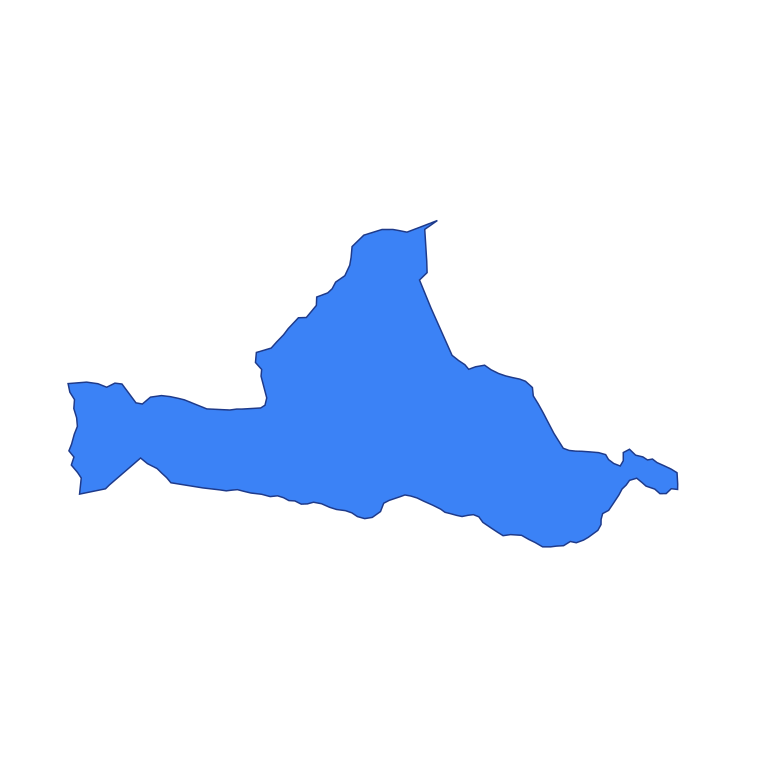 Imaculada, Paraíba, Brazil, rotated 192°
{"feature_id": "56859067B53075607206308", "entity_name": "Imaculada", "entity_type": "district", "adm_level": 2, "iso_a3": "BRA", "parent_name": "Brazil", "parent_adm1": "Paraíba", "projection": "albers", "projection_center": [-37.575, -7.393], "detail": "fine", "context": "isolated", "style": "filled", "palette": "blue", "viewbox_px": 768, "rotation_deg": 192, "n_neighbors": 0, "source": "geoboundaries", "source_scale": "gbopen_adm2", "svg_char_len": 2442}
<svg xmlns="http://www.w3.org/2000/svg" viewBox="0 0 768 768"><g transform="rotate(192 384 384)"><path d="M365.8,555.0L393.1,537.3L401.6,537.2L407.4,537.0L418.1,534.7L434.7,525.4L443.8,511.8L442.5,500.9L442.2,493.1L444.8,481.8L452.5,473.6L454.5,466.4L458.0,461.4L467.9,455.1L466.5,446.8L473.8,432.9L481.5,431.0L489.2,418.3L492.5,411.2L497.7,402.9L501.8,395.7L515.4,388.3L514.2,378.3L506.7,372.8L505.9,366.1L495.8,346.0L496.0,338.5L499.7,334.9L517.5,330.0L522.7,328.9L529.4,326.5L552.1,322.8L576.0,327.0L582.3,327.2L590.5,327.2L599.3,326.4L609.7,322.6L616.2,314.2L622.7,314.0L640.3,329.5L647.4,328.9L654.6,323.2L663.9,324.8L675.3,324.0L693.1,318.7L689.6,310.7L683.5,304.4L682.3,295.5L677.6,287.0L675.1,278.8L676.5,270.5L677.1,260.2L678.3,253.1L672.1,248.1L673.0,239.7L665.3,233.7L660.6,229.1L658.9,213.0L634.6,223.6L631.6,228.2L606.7,261.0L598.8,256.9L588.3,254.1L582.7,250.5L577.1,247.2L571.9,243.1L539.6,244.7L522.6,246.3L516.1,246.7L510.6,248.6L505.4,250.2L499.0,249.9L491.5,249.7L480.8,250.7L471.9,250.2L464.9,252.5L458.6,251.9L452.8,250.2L446.9,251.1L440.0,249.3L434.0,250.8L428.4,253.7L420.2,253.9L411.6,252.1L404.4,251.4L395.4,252.1L388.7,251.3L382.5,248.8L374.9,248.3L367.7,251.1L360.9,258.5L359.5,267.3L354.8,271.2L345.0,277.0L340.5,279.8L334.6,280.0L327.9,279.4L320.6,277.6L311.1,275.6L302.6,273.4L297.7,271.2L292.1,271.0L285.6,270.6L280.1,270.6L274.4,273.1L269.4,274.8L263.6,273.8L258.5,269.2L249.2,265.4L242.3,262.7L236.0,260.4L228.9,263.0L218.0,264.6L209.8,262.0L203.3,260.4L195.0,257.7L187.0,259.4L181.6,261.3L174.7,263.2L169.0,268.7L162.9,268.7L156.4,272.8L152.3,276.5L144.4,285.3L142.5,291.6L143.5,296.7L143.2,302.7L138.0,307.1L135.0,314.5L131.2,324.2L129.3,330.8L126.1,335.5L123.8,340.8L117.2,344.4L111.2,341.3L106.5,338.6L97.3,337.5L91.3,334.1L85.2,335.5L81.2,341.3L74.9,341.9L75.9,347.1L78.9,358.1L85.2,360.4L93.2,362.3L100.6,363.9L105.8,366.4L110.5,364.5L115.6,366.5L123.1,366.7L130.3,371.2L135.7,366.7L134.0,358.7L135.9,352.9L142.7,354.0L148.7,356.8L152.5,361.0L159.8,361.5L169.3,360.3L176.6,359.3L182.4,358.2L189.2,357.5L195.3,358.4L202.6,365.9L207.7,371.2L211.5,375.8L216.8,382.2L220.8,387.1L224.1,391.0L229.2,396.8L235.5,403.4L238.1,411.4L246.2,416.1L252.2,417.0L260.1,417.0L266.7,417.2L274.1,418.1L282.3,420.2L289.5,423.3L298.0,419.9L304.2,416.0L308.9,419.7L316.0,422.5L323.4,426.2L354.0,468.3L370.9,493.1L365.0,501.9L367.7,512.9L376.3,543.7L365.8,555.0Z" fill="#3b82f6" stroke="#1e3a8a" stroke-width="1.5"/></g></svg>